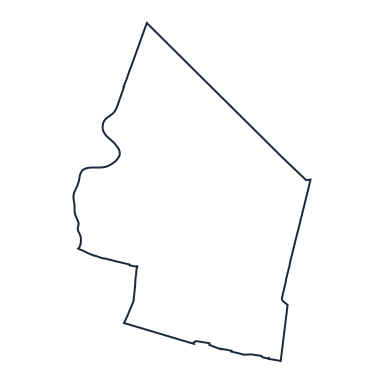 outline of Bunschoten, Utrecht, Netherlands
{"feature_id": "6326949B68264290320811", "entity_name": "Bunschoten", "entity_type": "district", "adm_level": 2, "iso_a3": "NLD", "parent_name": "Netherlands", "parent_adm1": "Utrecht", "projection": "albers", "projection_center": [5.355, 52.247], "detail": "fine", "context": "isolated", "style": "outline", "palette": "slate", "viewbox_px": 384, "rotation_deg": 0, "n_neighbors": 0, "source": "geoboundaries", "source_scale": "gbopen_adm2", "svg_char_len": 5777}
<svg xmlns="http://www.w3.org/2000/svg" viewBox="0 0 384 384"><path d="M146.8,23.0L131.5,65.6L130.9,67.1L130.1,69.2L128.5,73.6L126.7,78.9L125.9,80.9L123.6,86.6L124.1,86.8L121.9,92.9L121.1,95.4L120.5,97.0L119.8,98.9L118.2,103.6L118.1,103.8L118.0,104.1L117.9,104.4L116.9,107.0L116.3,108.5L116.0,109.1L115.5,110.1L115.3,110.5L114.9,111.1L114.5,111.8L113.7,112.6L113.4,112.9L112.7,113.7L112.4,113.9L112.0,114.2L110.0,115.7L107.4,117.6L106.8,118.0L106.6,118.2L105.6,119.0L105.4,119.3L105.2,119.5L105.0,119.8L104.8,120.1L104.3,120.8L103.9,121.4L103.7,121.7L103.6,122.1L103.5,122.3L103.1,123.4L102.9,124.4L102.8,124.9L102.7,125.7L102.7,126.2L102.6,127.1L102.6,127.5L102.7,128.4L102.8,129.2L102.9,129.6L103.2,130.6L103.4,131.2L103.6,131.7L103.9,132.3L104.2,132.8L104.6,133.4L105.0,134.1L105.5,134.8L106.4,135.8L106.8,136.3L107.2,136.7L107.6,137.1L108.3,137.7L111.5,140.5L112.8,141.7L113.4,142.2L113.7,142.5L114.7,143.7L115.2,144.2L115.9,145.0L116.7,146.2L117.1,146.7L118.0,147.9L118.6,148.7L118.8,149.2L119.1,150.0L119.3,150.4L119.3,150.6L119.5,151.2L119.6,152.0L119.7,152.8L119.8,153.1L119.8,153.4L119.8,153.5L119.8,153.9L119.8,154.1L119.6,154.9L119.5,155.3L119.4,155.7L119.2,156.1L119.1,156.3L119.0,156.5L118.4,157.5L117.9,158.2L117.7,158.5L117.5,158.8L116.9,159.6L116.0,160.7L115.8,160.9L115.6,161.1L115.0,161.6L113.0,163.1L112.1,163.7L111.6,164.0L110.6,164.6L108.7,165.7L108.4,165.8L106.9,166.4L105.2,166.9L104.4,167.0L103.1,167.3L101.8,167.4L100.2,167.5L96.4,167.5L93.3,167.5L92.1,167.5L91.7,167.5L89.4,167.7L87.7,168.0L87.2,168.1L86.0,168.4L85.4,168.6L84.9,168.9L84.0,169.3L83.7,169.4L83.4,169.7L83.1,169.9L82.7,170.1L82.3,170.5L82.1,170.7L81.8,171.2L81.4,171.9L81.0,172.6L80.8,172.9L80.5,173.7L80.3,174.1L80.1,174.5L80.0,175.1L79.9,175.3L79.8,175.8L79.7,176.3L79.5,177.3L79.3,178.6L79.0,180.1L78.9,180.7L78.8,181.1L78.6,181.9L78.4,182.6L78.1,183.5L77.5,185.2L77.2,186.0L76.8,186.9L76.2,188.2L75.9,188.8L75.6,189.4L74.9,190.7L74.5,191.8L74.0,193.2L73.7,194.4L73.7,194.7L73.5,196.1L73.5,197.0L73.5,197.5L73.5,198.4L73.7,199.6L73.8,200.4L73.8,200.9L74.3,203.2L74.4,204.2L74.5,205.6L74.6,210.0L74.6,210.9L74.6,211.4L74.6,211.7L74.7,212.1L74.7,212.4L74.9,213.2L75.0,213.6L75.1,213.9L75.2,214.4L75.4,214.9L75.6,215.4L76.0,216.6L77.1,219.1L77.4,219.8L77.7,220.5L78.0,221.1L78.2,221.8L78.3,222.3L78.5,222.7L78.5,223.1L78.6,223.4L78.6,223.7L78.6,224.1L78.6,224.3L78.6,224.5L78.5,224.8L78.3,225.6L77.9,227.5L77.8,228.0L77.8,228.4L77.8,228.7L77.8,229.0L77.8,229.3L77.8,229.7L77.9,230.2L78.0,230.5L78.2,231.2L78.4,231.5L79.8,234.4L80.0,234.8L80.1,235.1L80.3,235.5L80.5,236.3L80.7,237.2L80.8,238.1L80.9,238.5L80.9,238.8L80.9,239.8L80.9,240.2L80.9,240.7L80.8,242.3L80.6,243.3L80.6,243.7L80.3,244.8L80.1,245.6L79.7,246.6L79.5,247.0L79.3,247.5L78.8,248.0L78.6,248.2L78.2,248.6L80.1,249.5L81.9,250.3L83.1,250.7L84.1,251.2L85.1,251.7L86.0,252.2L86.4,252.4L86.9,252.7L90.4,254.2L94.7,255.8L94.9,255.6L98.6,256.9L100.6,257.6L102.4,258.2L103.2,258.5L103.3,258.5L103.4,258.3L103.5,258.3L103.8,258.3L106.1,258.8L110.1,259.8L115.2,261.1L116.2,261.4L117.2,261.6L129.4,264.5L129.4,264.9L129.4,265.2L129.5,265.3L136.6,266.7L136.8,266.7L137.0,266.2L137.2,266.3L137.3,266.4L137.2,266.5L136.9,268.3L136.7,268.7L136.5,269.1L136.4,270.3L136.3,271.7L136.2,272.4L136.1,274.9L135.8,275.9L135.7,277.2L135.3,280.7L135.3,283.6L135.2,283.9L135.1,286.0L134.6,290.6L134.4,292.8L133.9,297.6L133.8,298.6L133.6,300.5L133.5,301.0L133.2,301.8L131.2,306.8L129.8,310.1L129.0,312.0L127.7,315.2L127.2,316.3L126.2,318.5L124.0,323.1L127.9,324.2L131.9,325.4L144.1,329.0L153.5,331.8L155.2,332.3L156.1,332.6L179.5,339.6L192.1,343.3L194.1,343.8L193.7,342.5L196.0,341.1L209.4,343.2L209.5,345.1L210.3,345.1L210.8,345.3L211.2,345.6L217.4,348.0L219.1,348.6L221.0,349.2L221.1,348.8L227.8,350.0L229.2,350.3L231.4,350.7L231.2,351.5L233.6,352.1L235.6,352.6L239.5,353.5L243.0,354.5L243.8,354.7L244.6,354.7L246.0,354.6L250.4,354.4L251.3,354.4L256.6,355.2L258.8,355.5L259.3,355.6L261.3,355.9L261.9,356.2L262.1,356.7L262.2,357.2L265.9,358.0L267.6,358.4L268.8,358.0L268.6,358.9L270.7,359.2L272.1,359.4L280.7,361.0L287.6,304.9L283.6,301.7L282.9,301.1L282.7,300.9L282.6,300.7L282.4,300.2L282.2,299.6L281.8,298.9L281.8,298.7L282.1,297.4L282.1,297.1L282.6,295.3L282.7,294.8L282.8,294.1L282.9,293.7L283.1,292.9L283.3,292.1L283.5,291.4L283.7,290.7L283.8,290.2L284.2,288.5L284.2,288.2L284.4,287.5L284.5,287.1L284.5,286.8L284.8,285.8L284.9,285.6L285.0,285.2L285.1,284.9L285.3,284.5L285.3,284.0L285.5,282.9L285.6,282.3L285.7,281.8L285.9,280.9L286.0,280.3L286.1,279.8L286.1,279.5L286.2,278.8L286.2,278.5L286.4,278.0L286.6,277.1L287.1,275.7L287.2,274.6L287.3,274.2L287.7,272.8L287.9,272.1L288.1,271.6L288.2,271.1L288.3,270.4L288.6,268.9L288.7,268.5L288.9,268.1L289.0,267.8L289.0,267.7L289.2,267.4L289.4,266.9L289.4,266.7L289.5,265.6L289.6,265.0L289.9,263.1L290.0,262.8L290.1,262.2L290.2,261.5L290.3,261.2L290.4,260.9L290.5,260.5L290.6,260.4L290.7,259.2L290.8,258.8L290.9,258.6L291.1,258.1L291.2,257.8L291.3,257.1L291.4,256.7L291.7,255.9L293.4,249.0L293.5,248.6L294.2,245.7L294.3,245.2L294.6,244.0L294.9,243.0L295.3,241.2L295.4,240.6L295.6,239.8L296.1,238.0L296.1,237.9L297.0,234.6L297.5,232.4L297.7,231.7L297.8,231.3L298.1,230.5L298.2,230.3L298.2,230.1L298.4,229.4L298.5,229.2L298.5,228.7L298.6,228.3L298.7,227.9L298.9,227.1L299.0,226.9L299.2,225.8L299.4,225.2L299.5,224.8L299.7,223.9L300.1,222.0L300.3,221.3L300.3,221.1L300.5,220.5L300.7,219.5L300.8,219.1L300.9,218.7L300.9,218.4L301.0,218.1L301.4,216.9L301.5,216.5L301.8,215.4L302.0,214.9L302.1,214.3L302.2,213.7L302.5,212.2L302.7,211.6L302.9,210.8L303.1,210.2L303.3,209.5L303.3,209.3L303.4,208.9L303.4,208.7L303.5,208.2L303.9,206.9L304.2,205.7L305.4,200.7L305.8,198.9L307.0,194.3L308.7,187.2L310.5,179.6L306.1,180.1L281.8,156.9L212.8,88.5L146.8,23.0Z" fill="none" stroke="#1e293b" stroke-width="2"/></svg>